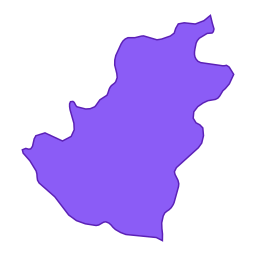 map outline of Quthing (Equal Earth projection)
{"feature_id": "LSO-1205", "entity_name": "Quthing", "entity_type": "District", "adm_level": 1, "iso_a3": "LSO", "parent_name": "Lesotho", "parent_adm1": "", "projection": "equal_earth", "projection_center": [27.994, -30.33], "detail": "fine", "context": "isolated", "style": "filled", "palette": "violet", "viewbox_px": 256, "rotation_deg": 0, "n_neighbors": 0, "source": "natural_earth", "source_scale": "10m", "svg_char_len": 1631}
<svg xmlns="http://www.w3.org/2000/svg" viewBox="0 0 256 256"><path d="M233.7,74.4L229.3,83.9L225.3,88.6L222.9,90.7L219.7,96.0L217.9,98.1L215.4,99.4L207.9,100.7L203.2,102.9L197.8,106.6L193.8,111.8L193.2,118.2L196.0,122.8L199.8,124.8L202.8,127.9L203.5,135.7L201.7,143.1L198.3,147.8L176.4,167.6L174.4,171.7L175.0,174.4L178.0,180.4L178.8,183.8L178.5,186.6L174.1,202.5L173.2,204.6L171.2,207.7L169.1,209.7L167.0,211.1L164.8,212.9L163.2,216.0L161.7,222.9L161.9,228.5L162.5,234.0L162.4,240.6L156.3,237.5L125.9,234.5L120.6,232.5L115.4,229.5L113.0,227.3L111.0,224.9L108.8,223.0L105.8,221.8L103.6,222.2L98.7,225.0L96.1,225.5L85.3,223.8L76.4,220.6L68.7,215.0L54.8,196.8L39.1,183.0L37.5,180.1L37.1,177.0L36.9,173.9L36.1,170.9L29.9,160.8L23.2,153.2L22.3,149.8L25.8,148.4L28.6,149.2L30.7,148.9L32.5,146.3L34.2,138.8L35.9,135.7L45.0,132.9L62.5,141.0L71.2,136.4L74.2,129.8L73.9,123.3L70.1,109.9L69.6,106.7L69.6,103.8L70.5,101.7L72.9,101.4L74.2,102.4L76.0,105.8L77.0,106.8L85.7,109.0L90.2,108.7L94.7,106.8L95.8,105.6L99.9,99.8L106.9,95.3L107.8,93.4L109.2,89.1L110.1,87.3L111.4,85.6L114.5,83.2L115.7,81.8L117.2,77.6L116.8,73.5L114.7,65.0L114.8,60.0L115.8,55.5L121.2,43.8L123.0,41.0L125.2,39.0L127.9,37.7L134.8,37.7L141.4,36.1L143.6,35.9L156.9,39.8L161.5,39.1L170.4,36.0L174.2,33.1L175.7,28.4L178.3,23.9L184.2,22.8L195.3,24.0L203.9,20.7L210.4,15.4L212.3,23.2L214.0,29.0L213.3,31.7L212.1,33.0L207.2,33.4L199.3,38.2L197.3,40.6L196.1,43.2L194.9,49.1L194.5,51.9L194.5,54.5L194.9,56.7L195.9,58.9L197.8,61.2L200.6,62.6L222.9,65.8L224.8,65.7L226.4,65.3L227.9,66.2L229.2,67.1L233.6,74.2L233.7,74.4Z" fill="#8b5cf6" stroke="#5b21b6" stroke-width="1.5"/></svg>